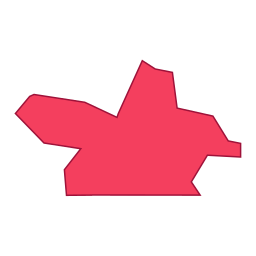 Danville, Virginia, United States of America
{"feature_id": "52423323B58138369943141", "entity_name": "Danville", "entity_type": "district", "adm_level": 2, "iso_a3": "USA", "parent_name": "United States of America", "parent_adm1": "Virginia", "projection": "natural_earth1", "projection_center": [-79.406, 36.593], "detail": "fine", "context": "isolated", "style": "filled", "palette": "rose", "viewbox_px": 256, "rotation_deg": 0, "n_neighbors": 0, "source": "geoboundaries", "source_scale": "gbopen_adm2", "svg_char_len": 405}
<svg xmlns="http://www.w3.org/2000/svg" viewBox="0 0 256 256"><path d="M200.1,195.1L191.3,181.9L207.4,155.2L240.6,157.0L240.6,143.4L228.2,140.9L212.9,116.1L177.1,108.1L172.4,72.4L155.2,69.0L142.3,60.7L118.3,113.6L117.0,117.4L84.8,102.3L34.0,94.5L29.7,96.4L15.4,113.5L44.0,143.0L80.8,148.7L64.4,169.7L66.5,195.3L91.9,195.1L92.2,195.0L200.1,195.1Z" fill="#f43f5e" stroke="#9f1239" stroke-width="1.5"/></svg>